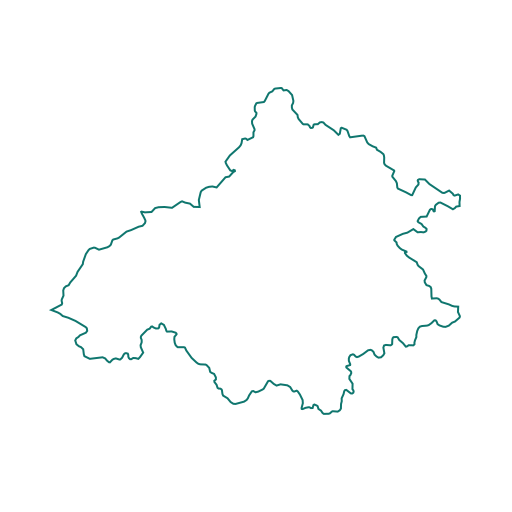 Trung Khanh, Cao Bằng, Vietnam (Mercator projection), rotated 174°
{"feature_id": "81297802B42277751936117", "entity_name": "Trung Khanh", "entity_type": "district", "adm_level": 2, "iso_a3": "VNM", "parent_name": "Vietnam", "parent_adm1": "Cao Bằng", "projection": "mercator", "projection_center": [106.547, 22.825], "detail": "fine", "context": "isolated", "style": "outline", "palette": "teal", "viewbox_px": 512, "rotation_deg": 174, "n_neighbors": 0, "source": "geoboundaries", "source_scale": "gbopen_adm2", "svg_char_len": 6053}
<svg xmlns="http://www.w3.org/2000/svg" viewBox="0 0 512 512"><g transform="rotate(174 256 256)"><path d="M465.2,223.7L459.1,220.6L456.7,218.9L454.5,216.5L449.1,214.2L442.3,210.3L432.8,203.1L431.8,201.8L431.7,199.2L433.2,197.5L439.4,195.5L441.1,194.0L443.3,192.9L444.6,190.9L443.8,187.0L441.5,184.7L439.6,183.7L437.6,181.3L437.5,176.2L437.1,174.3L432.0,171.1L419.2,171.3L416.7,169.9L415.1,167.5L413.3,165.7L412.4,165.5L409.6,167.9L408.2,168.5L406.1,168.8L402.6,167.3L401.8,167.3L399.8,168.8L397.7,172.0L396.7,172.8L395.5,173.0L393.7,172.3L393.4,171.1L393.5,169.1L393.0,167.6L392.1,166.6L390.9,166.4L388.8,167.4L386.3,167.0L383.8,166.0L382.0,167.5L378.3,171.7L380.1,177.3L380.1,179.4L378.8,181.9L378.6,183.1L378.5,184.6L379.1,186.6L378.9,187.8L378.3,188.8L371.9,194.1L369.4,194.8L367.6,196.7L366.6,196.8L365.3,195.6L363.2,194.4L360.8,194.2L359.9,194.9L359.1,197.7L357.3,198.9L354.8,197.1L353.3,192.9L353.0,191.0L352.4,190.1L347.8,189.8L343.9,188.1L343.2,187.2L343.2,186.4L345.5,184.2L346.0,181.8L345.9,178.3L345.3,175.9L344.3,174.4L343.4,173.5L337.1,172.8L336.2,172.3L335.2,169.3L330.7,161.4L326.3,156.3L324.6,154.8L322.8,154.1L317.5,153.3L316.5,152.6L314.2,149.6L313.7,145.6L312.5,144.5L310.0,143.1L308.6,139.5L308.8,137.4L310.5,136.3L310.5,135.0L308.7,132.1L308.0,128.9L307.1,128.1L305.3,127.8L304.3,127.0L303.9,126.1L303.8,122.3L303.3,120.6L299.2,117.5L296.5,113.4L294.0,111.4L291.8,111.0L283.1,112.4L280.4,113.8L279.0,115.3L277.4,118.1L274.3,121.8L272.9,122.0L270.7,120.5L267.9,120.9L263.5,122.5L262.2,123.2L257.1,130.2L256.0,130.5L254.8,130.3L251.7,126.9L249.1,125.0L245.0,125.8L238.3,124.1L235.7,122.1L233.9,118.3L233.0,117.4L232.1,117.2L229.6,117.8L228.6,116.9L226.8,113.6L224.7,107.9L224.8,104.7L226.6,100.0L226.5,99.1L225.6,98.9L222.7,99.8L219.7,100.1L218.5,99.9L217.3,99.0L215.6,98.9L214.4,101.8L213.5,102.2L211.3,101.0L210.4,100.2L209.9,97.4L207.5,95.4L206.2,92.9L205.1,91.9L200.2,91.5L198.9,91.8L196.9,93.3L195.9,93.6L191.0,92.7L188.8,93.8L187.5,95.4L186.9,99.9L185.9,102.6L185.7,105.5L183.4,109.4L182.4,112.3L181.5,113.3L180.2,113.4L176.0,109.4L174.7,109.2L173.6,109.8L173.1,110.8L173.2,112.1L174.0,113.5L173.3,118.9L176.0,124.0L175.6,126.8L174.5,127.8L173.5,129.6L173.5,130.8L173.7,131.4L177.8,135.7L177.8,136.5L177.5,137.0L173.8,137.7L173.6,138.5L174.6,142.0L174.4,144.3L173.8,145.8L172.4,147.5L169.9,148.1L168.8,147.5L167.4,145.6L166.2,144.9L164.4,145.2L159.7,147.3L154.4,150.5L151.9,150.7L150.7,150.1L149.2,148.4L148.4,145.5L146.6,143.4L144.8,142.1L142.2,142.2L139.8,144.0L138.5,145.8L138.9,151.6L138.0,153.6L136.2,154.0L131.5,153.1L130.6,153.5L129.8,154.2L129.2,158.6L128.7,160.0L127.8,160.9L124.6,160.8L123.6,160.3L122.3,157.5L118.9,153.9L116.5,150.2L115.6,150.2L113.4,151.3L108.8,150.7L107.6,151.7L107.5,153.3L106.7,155.5L105.0,158.6L104.8,160.7L103.5,164.6L102.1,167.1L100.4,168.6L98.3,169.0L93.3,168.9L91.5,169.2L88.5,170.9L85.5,173.3L84.9,173.4L84.1,173.2L83.3,172.1L82.5,169.2L80.8,167.8L77.2,166.1L74.9,165.7L71.5,166.6L67.9,169.2L65.0,170.0L60.1,173.4L59.6,174.3L59.6,175.1L61.0,179.2L60.2,184.5L64.0,185.1L66.2,185.9L69.2,187.7L76.4,190.8L78.2,193.6L79.4,194.6L80.8,195.1L85.5,195.3L85.7,197.5L85.1,205.1L85.5,206.8L86.9,208.1L89.5,209.2L90.9,212.2L90.9,214.0L88.8,217.2L88.6,218.3L89.9,220.9L91.3,225.1L95.4,229.0L96.2,230.4L96.8,233.0L103.8,238.4L106.0,240.6L107.6,243.4L107.4,244.2L105.9,244.3L105.9,244.7L110.4,247.2L112.2,248.9L114.1,251.5L114.8,253.3L114.8,254.8L116.8,257.1L116.8,257.7L114.8,260.3L107.6,262.7L103.0,263.4L96.7,266.3L92.8,262.7L89.5,262.6L86.8,262.0L84.8,262.6L83.9,263.3L83.5,265.0L84.5,266.3L86.5,267.8L88.0,270.5L91.1,272.7L91.6,273.8L90.0,276.3L88.1,277.7L82.2,277.4L78.2,283.8L77.1,284.4L76.3,284.4L75.2,283.8L74.8,282.2L74.3,281.7L73.6,281.9L72.8,286.8L71.8,288.1L68.8,289.9L67.0,289.9L60.0,285.4L55.3,281.9L53.3,282.8L51.7,284.2L48.3,284.4L48.0,288.4L47.1,291.6L46.8,294.7L48.5,296.1L52.1,295.3L53.1,295.8L53.8,297.4L57.1,300.9L61.5,299.2L62.4,299.0L64.1,299.4L76.0,309.4L80.0,314.4L85.6,315.3L87.0,314.7L87.3,314.1L87.1,312.9L86.6,312.1L87.0,310.1L89.9,307.5L94.3,300.2L95.3,300.3L100.1,303.6L107.8,308.2L108.3,309.3L108.3,313.6L109.0,315.8L112.1,320.6L112.1,321.5L109.6,326.0L109.7,326.6L117.3,332.2L118.5,333.7L118.9,335.2L118.2,340.5L118.3,342.8L118.7,344.0L121.3,346.6L124.6,349.0L125.2,351.2L128.5,352.9L132.2,355.5L133.5,357.3L135.6,363.8L136.6,364.5L138.2,364.6L150.0,364.2L150.7,365.5L151.9,370.7L152.7,372.1L157.4,374.6L158.3,374.2L159.9,368.8L161.4,367.9L165.5,372.9L173.2,379.2L175.0,381.7L176.6,382.3L178.5,382.2L180.8,380.6L183.9,380.9L184.9,380.6L186.0,377.9L187.0,377.5L188.1,377.6L188.8,378.3L189.2,379.7L190.8,381.5L195.0,382.0L195.7,382.5L199.3,387.8L199.9,389.5L200.0,392.0L204.5,397.9L204.8,399.9L204.6,402.0L203.1,404.3L202.6,406.3L203.3,412.3L206.4,416.6L208.2,417.9L211.3,417.8L212.9,420.3L213.7,420.5L219.5,420.5L220.4,420.2L222.6,418.0L225.6,417.0L226.6,416.1L231.1,409.2L232.1,408.3L238.8,408.1L239.7,407.8L241.2,405.5L241.7,404.3L242.0,400.9L241.8,399.9L240.6,398.3L240.7,397.3L241.9,394.7L245.2,392.0L245.9,390.5L246.0,388.0L244.2,382.3L244.3,381.2L245.6,379.3L246.0,375.5L246.5,374.4L252.4,372.3L253.4,373.5L254.5,374.0L257.5,373.6L258.6,369.7L259.7,367.7L261.5,365.9L271.5,358.7L276.5,353.0L276.3,351.6L275.4,349.2L272.6,343.8L271.0,343.0L269.2,344.0L268.1,343.4L268.1,342.6L269.9,341.8L274.4,337.8L278.1,337.5L288.0,328.3L292.1,329.7L295.6,329.7L298.5,329.1L303.2,326.7L304.3,325.3L307.0,317.7L306.9,310.6L312.8,311.4L316.2,315.0L320.9,316.5L323.8,318.1L325.4,317.6L334.5,312.7L341.8,314.3L347.8,314.7L351.3,314.2L355.3,310.7L361.9,311.0L365.2,312.1L365.6,311.9L365.0,309.9L363.3,305.9L362.3,303.0L362.3,302.0L363.0,300.3L365.7,297.9L369.6,297.4L377.6,294.8L382.2,293.8L390.3,288.6L391.9,288.0L396.3,287.3L397.2,286.6L399.2,282.4L400.8,281.1L402.9,280.2L411.5,278.7L415.2,281.0L416.4,281.3L420.6,280.4L421.9,279.4L425.0,275.7L428.5,268.4L429.1,266.0L435.1,258.9L437.0,255.2L443.5,249.1L445.4,246.5L448.3,245.7L450.3,244.1L451.3,241.9L451.6,236.7L453.7,233.1L454.0,231.8L453.7,229.3L454.3,228.0L465.2,223.7Z" fill="none" stroke="#0f766e" stroke-width="2"/></g></svg>